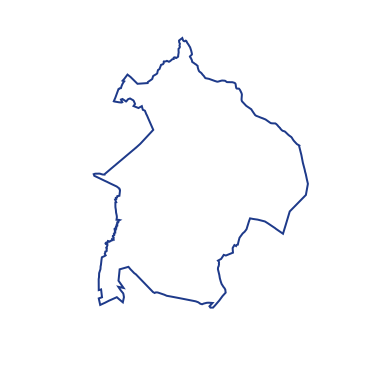 Šķilbēnu pag., Vilakas, Latvia (Albers equal-area conic projection), rotated 292°
{"feature_id": "27541924B83707221611867", "entity_name": "Šķilbēnu pag.", "entity_type": "district", "adm_level": 2, "iso_a3": "LVA", "parent_name": "Latvia", "parent_adm1": "Vilakas", "projection": "albers", "projection_center": [27.683, 57.053], "detail": "fine", "context": "isolated", "style": "outline", "palette": "blue", "viewbox_px": 384, "rotation_deg": 292, "n_neighbors": 0, "source": "geoboundaries", "source_scale": "gbopen_adm2", "svg_char_len": 5814}
<svg xmlns="http://www.w3.org/2000/svg" viewBox="0 0 384 384"><g transform="rotate(292 192 192)"><path d="M187.4,292.0L196.7,291.2L210.6,289.9L231.9,298.7L243.0,296.4L247.0,293.6L251.2,290.8L253.1,289.3L254.8,288.2L260.7,283.8L267.2,279.6L274.9,274.0L275.3,274.1L275.7,271.4L276.0,270.7L277.6,267.3L278.4,266.0L279.7,264.3L280.2,263.4L280.3,262.9L280.7,261.2L281.1,259.9L282.1,257.4L282.6,256.2L282.9,255.2L282.7,253.1L283.0,252.0L283.5,250.9L283.6,250.7L283.8,250.4L283.9,250.1L284.3,249.7L284.5,249.1L284.9,248.3L285.1,247.7L285.9,246.3L286.6,244.6L286.7,244.0L286.8,243.6L285.7,240.6L285.5,239.8L285.4,239.4L285.5,238.6L285.6,238.1L286.8,233.0L286.8,232.4L286.7,223.1L286.8,222.5L287.0,221.7L288.9,218.8L290.7,216.2L290.9,216.0L292.2,210.0L294.7,204.6L295.0,204.2L295.6,203.7L296.5,203.2L300.9,201.8L302.1,201.0L304.3,198.6L304.7,198.1L305.2,197.2L305.4,196.9L305.3,196.4L304.7,195.0L304.8,194.5L305.0,194.1L305.5,193.7L306.3,193.2L308.4,192.0L308.8,191.5L309.1,190.8L309.1,189.9L309.0,189.5L309.0,188.6L307.1,183.5L307.0,183.1L307.5,181.1L307.4,180.5L306.8,178.6L306.3,177.6L304.1,174.8L303.7,174.0L303.5,171.6L303.3,166.4L303.3,165.6L302.6,161.8L302.7,161.5L304.0,159.5L305.0,157.4L305.4,156.9L305.9,155.8L306.1,155.1L306.4,153.9L306.7,153.3L307.0,152.9L308.1,151.9L309.0,151.2L309.8,150.6L311.0,150.0L311.8,147.7L312.0,146.4L312.5,144.7L312.5,144.0L312.6,143.6L313.2,143.1L314.3,142.4L315.0,141.5L315.5,141.2L315.8,140.8L316.0,140.2L316.8,139.3L317.2,139.4L318.4,140.0L319.5,140.4L320.5,139.9L322.6,138.4L324.3,137.0L325.0,136.4L325.4,136.1L326.7,134.3L327.3,133.6L328.5,131.7L329.7,130.4L329.9,130.0L330.0,129.5L329.9,129.3L329.7,129.2L329.2,129.0L328.9,128.5L328.9,128.0L328.9,127.6L329.2,127.1L329.5,126.7L331.1,125.3L327.7,123.3L327.4,123.3L325.8,124.2L325.0,125.2L323.6,125.5L323.1,125.5L322.0,126.4L321.1,126.4L319.7,125.9L317.7,126.7L316.6,127.3L313.2,128.1L312.5,128.4L312.2,128.4L310.3,127.2L310.2,126.8L310.5,125.7L309.8,124.8L309.5,124.7L308.5,125.2L307.6,123.9L306.3,123.3L304.3,122.1L304.1,121.8L304.2,119.6L303.3,118.8L303.0,118.2L302.5,117.0L302.0,117.0L300.9,117.5L300.6,117.5L299.6,117.2L298.3,115.7L293.8,115.8L292.3,114.8L291.2,114.9L288.9,115.3L287.7,114.6L285.1,112.6L283.9,112.6L282.0,112.8L281.2,112.4L277.6,110.0L277.4,109.9L276.4,110.1L271.9,100.9L275.6,92.0L276.7,88.2L271.4,86.8L269.2,86.0L269.2,87.7L267.8,87.3L266.3,87.1L264.2,87.0L261.7,87.2L261.0,86.0L260.4,86.0L259.9,85.3L250.6,85.6L246.8,85.5L246.8,85.9L247.8,90.6L248.5,93.0L249.1,93.7L251.1,91.5L252.2,92.7L251.4,96.3L251.2,96.9L251.3,97.1L253.9,97.9L254.3,98.2L255.5,99.5L255.0,103.2L254.5,104.0L252.3,106.2L249.8,105.6L249.8,110.9L252.8,113.3L249.8,115.6L249.8,117.1L249.7,117.9L246.8,120.7L246.3,121.4L243.5,124.2L235.1,132.8L219.4,126.8L217.1,125.9L213.2,124.0L183.3,108.2L175.8,104.3L175.4,104.4L174.7,102.4L174.5,99.7L174.2,98.9L173.0,96.0L172.5,95.1L171.7,94.2L170.4,95.4L170.1,100.9L169.7,106.8L169.6,109.1L169.3,112.9L168.9,120.1L168.0,123.4L167.2,123.8L167.2,124.2L166.4,124.7L161.3,126.1L160.2,124.3L158.9,124.6L158.1,123.6L156.9,124.4L156.2,123.5L154.1,125.6L153.5,124.9L149.2,126.7L146.9,128.1L144.5,129.3L142.0,131.0L140.5,131.8L138.0,132.4L138.8,134.8L138.9,135.5L138.4,135.1L137.6,134.9L137.3,134.7L136.8,134.7L136.3,135.0L136.1,134.9L136.1,134.7L136.2,134.3L136.1,134.1L135.8,134.1L135.6,134.5L134.8,134.5L134.6,134.7L134.4,134.8L134.1,134.7L134.1,134.4L133.4,134.4L133.1,134.5L133.2,135.0L132.9,135.1L132.2,134.8L132.2,135.1L131.8,134.9L131.7,134.8L131.8,134.7L131.7,134.5L131.3,134.5L131.1,134.6L131.1,134.9L131.0,135.1L130.3,135.1L129.9,135.3L129.8,135.0L129.5,134.8L129.2,134.1L128.7,134.0L128.4,134.2L128.5,134.5L128.8,134.6L128.5,134.9L128.3,135.3L127.8,135.0L127.5,135.0L127.3,135.0L127.2,135.2L126.5,135.3L126.7,135.6L125.7,136.0L125.6,135.7L125.0,135.5L124.4,135.6L124.2,135.3L124.0,135.2L123.8,135.3L123.5,135.6L123.3,136.0L123.2,136.1L122.7,136.0L122.4,135.8L121.7,135.1L121.2,135.2L120.6,135.8L120.3,136.5L119.7,136.6L118.7,137.1L118.7,136.9L118.4,136.6L118.2,136.7L118.2,136.8L118.3,135.6L117.9,135.7L117.4,136.2L117.0,135.6L116.8,135.4L116.5,135.3L116.3,134.9L115.2,134.3L114.9,134.0L114.9,133.9L115.2,133.4L115.2,133.1L115.1,132.4L114.8,132.4L113.4,132.7L113.2,132.3L113.3,131.8L113.1,131.5L112.6,131.2L112.4,131.4L112.3,131.7L112.0,131.5L111.7,131.3L111.5,131.6L111.5,131.9L111.5,132.2L111.8,132.5L112.0,132.7L111.8,133.0L111.2,133.5L110.1,133.6L109.4,133.6L109.1,133.7L108.6,133.4L108.4,133.3L108.1,133.5L107.8,134.1L107.4,134.0L107.1,134.1L106.5,134.6L105.4,135.0L105.1,134.9L104.4,134.0L103.9,134.0L103.6,134.2L103.3,134.3L102.2,134.2L101.9,134.4L100.9,135.7L99.7,134.8L97.7,132.9L95.2,133.5L90.2,134.9L88.9,135.1L86.2,136.0L82.0,136.3L78.1,137.7L76.3,138.1L66.1,142.3L67.0,143.5L67.6,144.2L60.7,148.0L58.4,145.4L52.9,149.2L56.7,152.8L60.3,155.9L61.3,156.9L66.3,161.7L65.2,164.8L63.8,169.2L69.0,168.3L71.6,166.7L72.3,166.1L74.1,162.8L75.4,160.8L76.5,159.2L77.4,164.5L82.2,157.1L93.2,153.9L98.8,161.1L97.3,163.9L95.1,168.9L94.7,170.7L84.6,193.4L84.5,194.5L84.4,195.2L85.4,196.1L86.0,197.9L86.4,204.9L86.3,207.4L87.2,211.7L89.1,221.2L92.0,236.3L92.1,239.0L91.7,241.0L91.5,241.4L91.7,243.4L92.9,244.6L94.8,247.2L95.6,248.9L96.8,252.6L92.6,251.0L91.7,252.4L92.7,254.8L95.3,255.8L101.5,257.9L107.0,259.3L111.3,260.9L114.0,259.4L115.1,258.0L115.8,256.7L117.9,253.8L119.9,252.1L122.5,250.1L125.3,248.4L130.2,244.9L132.0,244.4L133.1,244.5L135.2,244.1L135.7,243.7L136.5,243.6L137.5,243.0L137.8,242.4L138.1,241.8L140.9,244.1L145.6,245.0L145.8,247.2L151.1,252.7L155.0,250.8L155.5,250.7L158.7,251.2L158.4,253.1L159.3,253.2L159.8,253.4L160.2,253.8L160.4,254.2L163.3,253.7L167.4,253.2L172.5,254.5L174.5,255.5L174.9,255.7L177.9,256.5L186.3,255.8L189.3,255.7L189.9,258.8L191.0,263.3L192.0,270.6L191.4,274.1L189.6,282.6L189.3,283.5L187.4,292.0Z" fill="none" stroke="#1e3a8a" stroke-width="2"/></g></svg>